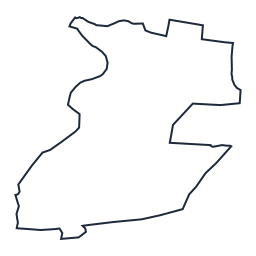 Kuje, Federal Capital Territory, Nigeria (orthographic projection)
{"feature_id": "59680162B82387239737873", "entity_name": "Kuje", "entity_type": "district", "adm_level": 2, "iso_a3": "NGA", "parent_name": "Nigeria", "parent_adm1": "Federal Capital Territory", "projection": "orthographic", "projection_center": [7.22, 8.673], "detail": "fine", "context": "isolated", "style": "outline", "palette": "slate", "viewbox_px": 256, "rotation_deg": 0, "n_neighbors": 0, "source": "geoboundaries", "source_scale": "gbopen_adm2", "svg_char_len": 1522}
<svg xmlns="http://www.w3.org/2000/svg" viewBox="0 0 256 256"><path d="M75.1,17.5L74.5,18.3L70.7,23.3L69.5,26.4L77.3,28.7L78.2,30.3L82.1,35.6L89.9,43.6L92.7,46.1L95.7,47.1L101.9,51.7L105.8,56.1L107.6,62.7L107.1,66.1L106.7,69.0L102.8,74.1L100.5,75.9L91.8,79.2L91.7,79.2L84.4,80.8L80.5,82.5L75.6,86.9L70.8,92.7L69.4,98.1L68.5,102.3L68.3,103.3L68.0,104.8L72.8,109.1L79.6,114.1L79.3,122.8L79.1,127.6L75.6,131.4L61.2,142.1L50.2,149.9L42.5,152.6L32.1,165.3L18.3,184.5L19.2,189.4L19.6,191.7L17.9,194.3L15.4,195.0L18.1,203.8L18.9,206.1L16.5,213.9L17.2,218.7L17.7,221.4L17.9,222.7L17.4,224.7L16.7,228.2L18.8,228.4L27.5,229.0L40.5,230.0L55.0,229.1L59.5,228.5L62.3,233.1L61.1,238.9L78.6,237.4L85.9,231.9L85.3,228.5L82.6,225.8L89.5,224.9L113.5,222.0L132.5,220.2L141.8,219.3L154.9,216.4L160.3,215.2L182.7,209.1L189.2,194.3L196.0,186.9L205.5,173.2L213.1,166.0L216.3,163.0L231.2,146.3L230.3,145.8L225.9,145.6L222.3,145.1L219.3,145.6L217.0,146.1L212.6,146.8L210.5,145.6L210.5,145.1L169.8,142.8L173.0,124.9L192.8,103.6L220.4,105.1L239.7,103.2L240.6,90.1L236.7,87.8L234.4,84.8L232.3,79.6L232.1,76.1L232.0,75.9L231.6,74.7L231.6,72.9L231.9,69.9L231.6,56.4L232.5,46.1L233.0,43.0L225.0,42.3L201.8,39.2L202.9,25.3L169.5,19.7L168.4,25.9L166.2,36.2L163.1,35.4L151.1,32.7L145.4,30.4L142.8,23.5L136.4,23.7L134.1,23.8L131.6,23.2L128.3,21.2L126.2,20.8L123.8,20.4L118.8,21.2L114.4,23.3L107.3,26.2L99.2,25.4L96.3,25.2L94.9,24.2L88.4,21.9L82.4,17.9L81.1,18.1L79.8,17.1L78.2,17.8L76.0,18.2L75.1,17.5Z" fill="none" stroke="#1e293b" stroke-width="2"/></svg>